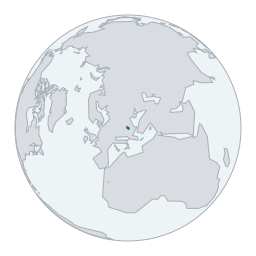 globe centered on Olt, rotated 310°
{"feature_id": "ROU-126", "entity_name": "Olt", "entity_type": "County", "adm_level": 1, "iso_a3": "ROU", "parent_name": "Romania", "parent_adm1": "", "projection": "orthographic", "projection_center": [24.399, 44.334], "detail": "fine", "context": "on_globe", "style": "filled", "palette": "teal", "viewbox_px": 256, "rotation_deg": 310, "n_neighbors": 0, "source": "natural_earth", "source_scale": "10m", "svg_char_len": 10632}
<svg xmlns="http://www.w3.org/2000/svg" viewBox="0 0 256 256"><g transform="rotate(310 128 128)"><circle cx="128" cy="128" r="113" fill="#eef3f6" stroke="#a8b0b8"/><path d="M84.1,24.3L89.4,22.9L86.2,24.0L88.0,23.8L92.1,22.5L94.4,21.7L106.2,20.9L119.9,19.7L124.1,18.6L123.3,19.7L131.1,17.2L138.5,17.3L130.2,17.8L129.5,18.4L134.5,18.5L134.8,19.1L137.4,19.7L137.3,20.5L132.5,21.1L132.3,21.7L135.9,21.8L138.1,22.9L132.8,22.6L136.0,24.6L128.6,26.5L114.7,26.1L110.6,28.7L96.5,32.9L97.8,33.6L93.3,36.0L93.1,37.7L90.5,38.2L92.7,39.3L95.1,38.5L96.8,38.7L97.0,39.8L93.7,40.5L93.1,40.1L92.2,40.9L90.5,40.9L91.4,41.5L87.5,42.4L91.6,43.1L88.5,45.2L85.8,45.4L85.9,43.3L79.9,39.3L77.2,39.2L73.3,41.1L66.3,49.0L63.4,50.0L59.6,53.0L61.3,53.3L64.9,51.1L67.0,52.5L71.1,50.0L72.6,50.3L76.9,48.7L76.4,51.4L73.6,54.8L70.0,56.4L68.7,58.0L72.3,58.7L65.7,63.8L61.6,71.5L59.9,72.7L56.3,70.9L55.9,65.4L51.3,64.1L54.5,67.5L50.1,70.9L49.5,72.6L49.8,74.1L51.5,73.8L50.0,75.7L46.4,72.7L47.6,71.0L48.8,71.9L48.6,69.4L46.1,67.9L44.1,70.0L42.4,66.3L40.9,67.8L39.8,68.0L42.2,65.7L37.8,69.9L35.5,67.8L29.5,75.5L35.2,66.6L37.2,63.1L39.0,59.8L38.0,61.0L41.8,55.7L42.7,54.4L48.6,48.1L54.9,42.3L61.7,37.0L68.8,32.1L76.3,27.9L84.1,24.3ZM31.1,70.6L30.5,71.6L30.1,72.2L31.1,70.6ZM18.8,100.3L18.9,100.0L18.6,102.4L17.4,107.0L18.2,105.2L17.4,109.7L17.6,118.0L17.2,118.4L17.2,131.1L19.1,141.5L19.6,146.8L19.1,147.9L20.3,151.3L20.3,152.8L26.6,166.0L31.3,175.3L32.1,180.0L30.2,180.9L33.0,188.6L32.6,187.9L28.5,180.8L24.9,173.3L21.8,165.6L19.3,157.7L17.5,149.6L16.2,141.4L15.5,133.2L15.4,124.9L15.9,116.6L17.1,108.4L18.8,100.3ZM27.9,77.6L23.5,89.1L24.4,85.0L24.5,85.2L26.0,81.7L28.2,76.7L29.4,73.7L27.9,77.6ZM29.5,77.0L30.2,75.4L29.8,76.7L29.5,77.0ZM95.4,21.3L92.2,22.4L88.4,23.5L91.0,22.4L95.4,21.3ZM102.7,20.0L101.3,20.5L99.4,20.4L100.8,20.1L102.7,20.0ZM127.0,17.7L124.4,17.9L126.8,17.6L127.0,17.7ZM137.8,19.6L138.4,19.4L139.5,19.8L137.8,19.6ZM76.9,47.4L76.9,48.1L76.1,48.0L76.9,47.4ZM78.8,46.2L77.8,45.7L78.6,45.1L79.1,45.4L78.8,46.2ZM140.3,21.5L141.8,22.3L139.5,21.6L140.3,21.5ZM79.7,47.0L80.0,44.0L81.3,42.9L84.6,43.3L79.7,47.0ZM142.2,22.8L145.9,25.0L147.7,24.7L144.7,27.1L142.5,24.3L139.3,23.4L141.6,23.4L142.2,22.8ZM95.8,37.8L93.2,38.7L95.2,37.0L95.8,37.8ZM96.6,36.7L100.3,31.7L104.1,31.1L102.1,32.8L107.0,31.5L107.0,33.6L104.4,34.9L101.9,34.8L103.8,35.7L96.6,36.7ZM142.5,28.2L142.6,28.9L141.5,28.3L142.5,28.2ZM97.7,38.7L98.0,37.7L101.4,37.1L101.2,39.1L100.2,38.6L97.7,38.7ZM108.2,30.1L110.6,30.1L111.4,31.8L112.4,32.1L107.4,33.6L108.2,30.1ZM99.5,39.3L101.0,40.1L99.6,41.4L97.5,39.7L99.5,39.3ZM102.3,36.1L103.9,36.0L103.0,36.7L102.3,36.1ZM95.3,46.7L95.7,45.3L97.5,44.9L95.3,46.7ZM101.7,40.3L102.2,39.9L103.0,39.6L103.6,40.4L101.7,40.3ZM108.2,34.8L108.0,35.6L110.4,34.2L111.0,35.6L107.5,36.4L109.3,36.6L109.5,37.1L106.4,37.3L108.2,34.8ZM106.6,40.4L102.3,42.1L101.2,44.7L99.6,45.2L101.7,40.9L106.6,40.4ZM106.7,38.5L106.3,39.8L104.5,39.6L103.7,38.7L106.7,38.5ZM112.7,36.3L112.6,34.0L113.4,33.9L112.7,36.3ZM106.6,41.2L107.6,40.7L106.7,41.4L106.6,41.2ZM111.2,37.8L111.1,36.9L112.0,36.9L111.2,37.8ZM109.8,40.7L108.4,41.2L107.8,40.5L109.8,40.7ZM110.7,39.4L112.0,39.5L108.5,40.0L110.5,39.0L110.7,39.4ZM112.1,37.8L112.5,37.5L112.0,38.2L112.1,37.8ZM112.7,43.0L108.4,43.8L107.2,42.3L111.5,41.7L112.7,43.0ZM62.1,181.5L55.1,164.1L58.4,159.8L58.9,152.8L81.8,136.1L86.8,139.1L105.0,139.6L107.3,140.9L105.3,146.7L119.0,155.1L123.3,150.4L135.6,154.0L143.7,153.1L146.4,141.7L133.1,142.9L130.7,137.5L141.3,131.8L152.9,130.9L152.3,128.8L144.9,124.9L147.4,120.5L142.3,123.3L144.4,125.3L141.3,127.2L139.1,125.5L140.1,123.9L136.6,123.2L132.7,131.4L134.5,134.3L125.3,136.0L127.4,141.1L125.0,143.5L120.5,135.8L120.9,132.9L112.7,124.2L111.4,127.3L119.1,135.9L116.8,135.1L115.2,139.8L114.5,135.7L106.5,125.9L98.1,126.5L87.6,136.4L82.7,136.0L78.5,132.3L82.2,120.8L92.8,123.0L94.2,119.3L92.0,112.9L95.4,114.3L95.7,112.0L99.7,112.6L105.2,108.1L109.2,108.1L111.3,101.5L113.6,100.7L111.7,104.8L112.6,107.8L122.6,108.1L124.5,106.7L125.0,102.5L127.7,103.3L126.9,99.1L132.6,97.4L125.0,96.2L125.5,91.6L128.8,88.0L127.6,86.4L122.1,92.2L121.2,94.7L122.5,97.2L118.7,104.5L115.3,105.6L114.1,97.4L109.1,98.1L110.4,91.8L124.5,79.4L130.4,77.1L140.4,82.5L139.1,85.5L134.8,84.9L138.8,89.5L138.5,87.2L140.7,87.9L141.7,84.1L143.3,84.4L141.4,80.2L143.5,80.2L144.7,82.9L147.9,77.6L152.2,76.9L152.2,75.5L150.9,74.3L157.3,74.3L156.9,73.3L154.7,72.9L152.6,70.7L151.5,67.0L153.7,67.2L154.5,68.6L159.4,72.0L161.0,75.8L161.8,75.6L161.0,72.3L154.9,68.1L153.6,65.9L156.7,67.4L155.4,66.7L155.5,65.6L157.6,64.9L154.3,63.0L151.6,52.2L155.5,50.0L158.6,52.4L159.1,45.9L163.5,44.4L161.4,43.9L160.3,40.9L158.9,41.2L157.8,40.8L154.3,33.8L155.2,32.5L151.4,29.5L150.3,29.3L149.4,30.0L144.7,27.1L147.7,24.7L149.9,25.1L150.3,23.5L155.3,25.0L159.7,25.6L165.0,28.4L168.0,28.9L167.7,28.2L171.6,28.6L180.3,32.0L174.2,32.0L161.3,28.7L166.7,30.1L165.7,30.7L167.8,31.9L171.6,33.0L171.8,32.5L179.3,40.0L188.8,46.1L187.5,42.8L189.5,42.4L199.2,47.8L212.3,62.7L215.1,63.4L217.2,65.4L218.9,68.9L216.0,66.0L215.2,67.2L213.3,65.2L215.1,70.3L212.4,67.7L215.1,73.2L217.1,74.1L216.6,70.4L220.1,76.5L223.0,76.9L226.4,81.1L231.8,94.9L232.7,103.2L233.4,105.1L232.1,105.7L232.8,111.7L237.1,116.1L237.9,118.7L237.9,128.5L237.5,126.7L234.2,128.2L235.3,135.4L237.9,135.8L238.8,140.1L237.6,141.8L236.4,138.3L235.2,138.6L234.3,132.8L230.9,126.9L229.6,131.9L228.5,128.5L223.6,125.2L221.0,132.2L217.7,148.3L219.3,157.4L217.3,163.6L209.9,155.3L206.2,147.5L203.8,150.3L196.0,146.3L183.3,152.5L181.3,150.6L178.9,152.9L173.4,152.3L170.3,148.9L167.0,150.2L175.3,159.0L178.8,157.5L181.4,152.0L183.1,155.5L188.4,156.8L183.2,168.7L163.9,183.0L161.8,176.3L145.7,158.5L146.0,155.9L145.9,155.7L145.7,155.2L144.5,159.4L141.6,155.5L150.5,169.1L152.2,174.9L163.7,183.4L162.7,184.8L166.3,186.0L177.5,180.0L177.6,182.3L172.5,194.2L156.7,210.4L158.6,217.4L157.3,223.2L147.1,228.1L147.7,231.4L142.4,233.2L141.9,234.8L137.5,236.7L130.3,238.3L118.2,238.0L117.7,236.9L112.0,233.9L104.2,224.7L107.4,220.4L106.4,216.4L97.7,205.4L99.6,199.7L97.3,196.7L92.4,196.5L89.6,192.7L86.6,191.9L67.9,188.2L62.1,181.5ZM74.2,146.9L73.6,149.0L74.2,146.9ZM165.4,135.5L172.2,133.8L168.7,127.6L171.0,126.5L168.9,124.9L168.4,127.1L163.3,122.4L166.0,119.4L164.9,116.5L162.6,116.9L158.4,123.3L165.7,129.9L164.3,133.3L165.4,135.5ZM17.6,118.2L17.5,120.2L17.3,118.8L17.6,118.2ZM23.7,86.2L23.2,87.9L22.6,89.5L22.9,88.4L23.7,86.2ZM21.2,100.5L21.0,102.8L20.9,101.1L21.2,100.5ZM23.0,90.8L21.4,98.7L21.2,96.1L22.4,91.1L22.0,93.5L23.0,90.8ZM28.1,78.6L27.6,80.0L27.2,80.4L28.1,78.6ZM29.3,78.0L29.3,77.7L29.9,76.6L29.3,78.0ZM50.3,71.0L50.6,71.3L50.5,73.0L49.8,72.7L50.3,71.0ZM55.0,78.3L52.5,81.1L53.8,78.8L52.2,78.7L52.9,73.9L59.1,73.1L56.2,74.2L55.0,78.3ZM55.6,67.6L54.4,70.5L55.4,67.4L55.6,67.6ZM93.9,100.1L95.3,101.9L93.8,104.2L88.7,104.8L90.8,101.3L93.9,100.1ZM97.6,103.9L97.8,96.0L101.0,95.6L99.2,97.1L101.3,97.6L98.9,100.3L101.7,107.8L100.5,110.5L91.7,109.7L95.2,108.4L93.7,106.6L97.6,103.9ZM92.9,78.9L93.0,76.1L99.7,78.6L98.8,81.0L93.7,81.6L91.7,79.1L92.9,78.9ZM85.4,48.6L85.0,47.7L85.9,47.5L87.0,47.9L85.4,48.6ZM95.4,46.1L88.0,52.0L87.2,51.3L83.8,55.9L80.4,56.0L82.7,52.9L77.6,56.5L78.2,53.8L75.0,56.5L80.4,49.8L80.9,47.7L81.7,50.0L84.8,49.9L86.3,49.3L90.8,46.0L93.3,41.7L96.8,41.3L98.6,42.1L98.5,43.0L96.3,43.0L97.8,44.3L94.5,45.0L95.4,46.1ZM117.9,55.1L115.3,54.1L117.8,57.9L114.5,58.2L115.0,58.6L112.7,60.0L110.7,62.5L109.2,62.2L109.1,63.3L107.6,64.4L106.9,65.8L104.0,66.0L102.9,67.8L102.1,66.8L101.1,70.0L100.5,67.8L98.5,69.0L100.1,70.6L85.9,68.9L80.3,70.4L76.0,73.0L75.6,69.1L79.4,64.3L85.2,59.9L90.6,59.2L89.5,57.7L91.7,56.9L91.7,58.4L93.1,55.7L94.9,55.6L100.0,52.4L100.9,48.8L102.8,47.7L103.4,49.0L104.9,47.0L107.3,48.8L108.7,48.1L112.5,49.2L112.8,52.4L114.3,51.4L117.3,52.3L117.9,55.1ZM113.7,43.4L114.8,46.8L113.6,48.8L107.5,46.0L105.9,46.4L102.0,44.9L103.9,42.2L104.9,42.8L106.2,42.9L105.1,43.7L107.0,43.0L108.4,44.0L110.2,43.7L110.1,44.9L113.7,43.4ZM109.8,138.9L111.6,139.3L114.3,139.2L113.4,142.3L109.8,138.9ZM104.2,132.3L105.8,132.1L105.8,136.1L104.0,135.8L104.2,132.3ZM106.7,128.6L105.9,131.7L105.2,129.9L106.7,128.6ZM113.2,104.4L114.9,104.0L115.1,105.0L114.2,106.5L113.2,104.4ZM124.7,67.4L123.5,66.3L124.0,65.7L123.1,62.5L125.5,62.1L126.9,64.0L124.7,67.4ZM144.2,144.0L141.8,146.4L140.6,145.5L141.6,144.8L144.2,144.0ZM126.9,144.9L130.8,146.2L126.6,145.7L126.9,144.9ZM127.2,66.5L126.6,65.1L128.1,65.8L127.2,66.5ZM127.2,61.7L129.0,62.2L125.7,61.7L127.2,61.7ZM175.8,217.4L167.4,227.8L162.3,229.2L161.7,227.3L165.1,221.5L171.1,218.3L174.2,214.7L175.8,217.4ZM238.8,148.3L238.4,149.9L238.9,147.6L239.4,144.9L238.8,148.3ZM238.8,147.9L237.6,149.6L233.9,146.0L235.3,143.4L238.7,142.3L238.6,144.0L239.3,143.6L238.8,147.9ZM240.3,136.9L240.2,137.8L240.1,134.9L240.2,131.7L240.4,129.8L239.7,114.6L239.7,113.9L240.3,119.5L240.6,128.2L240.3,136.9ZM219.7,157.9L222.1,161.2L220.8,163.5L219.7,157.9ZM238.3,106.1L239.3,112.5L238.0,105.2L238.3,106.1ZM236.8,100.2L237.3,101.8L237.0,101.3L236.8,100.2ZM234.4,107.5L234.3,109.9L233.7,108.8L233.6,105.0L234.4,107.5ZM229.1,84.8L231.1,88.2L231.8,89.8L230.7,88.6L229.1,84.8ZM146.5,63.3L145.1,68.1L145.6,71.6L148.3,73.7L143.8,73.0L143.0,67.5L146.5,63.3ZM150.8,53.5L148.3,51.9L149.8,51.4L150.5,51.7L150.8,53.5ZM149.0,53.4L145.4,53.8L144.3,52.2L147.4,52.1L149.0,53.4ZM136.3,59.8L135.7,61.2L134.4,60.6L136.3,59.8ZM237.3,100.7L237.9,103.6L236.9,99.3L237.3,100.7ZM237.8,103.2L237.3,101.4L237.1,100.1L237.8,103.2ZM236.9,99.2L236.0,96.1L236.3,97.1L236.9,99.2ZM235.9,97.6L236.4,97.6L236.7,100.4L234.2,94.2L233.8,92.3L235.9,97.6ZM217.8,63.3L216.5,62.2L215.5,60.2L216.7,61.6L217.8,63.3ZM210.9,53.6L214.7,59.4L217.6,64.4L217.9,64.0L220.6,67.6L218.9,66.7L215.2,61.2L213.4,57.9L210.9,55.4L208.2,52.0L205.2,49.9L203.3,48.0L205.5,48.9L210.9,53.6ZM204.0,49.1L197.9,45.0L197.1,42.7L198.2,43.1L201.4,45.9L201.6,46.9L204.0,49.1ZM196.2,43.4L196.4,44.4L187.8,41.8L185.8,40.8L191.9,41.2L192.4,42.2L194.6,43.3L196.2,43.4ZM143.8,28.8L142.8,28.9L143.3,28.4L143.8,28.8ZM157.1,41.1L155.7,40.4L156.4,39.8L157.1,41.1ZM152.3,38.3L152.5,39.5L151.4,38.1L152.3,38.3ZM153.2,42.3L152.2,40.0L154.5,42.4L153.2,42.3Z" fill="#d9dde1" stroke="#a8b0b8" stroke-width="1"/><path d="M127.7,129.1L127.8,128.9L127.8,128.7L127.7,128.6L127.8,128.5L127.8,128.4L127.8,128.5L127.8,128.4L127.8,128.2L127.7,128.2L127.5,127.9L127.4,127.9L127.3,127.7L127.5,127.6L127.8,127.5L127.8,127.4L127.9,127.5L127.9,127.4L127.8,127.2L128.0,126.9L128.1,127.0L128.2,126.9L128.2,127.0L128.3,127.1L128.5,127.2L128.4,127.2L128.4,127.3L128.5,127.4L128.5,127.5L128.5,127.8L128.6,128.0L128.6,128.3L128.6,128.5L128.4,128.5L128.4,128.8L128.5,129.0L128.4,129.1L128.1,129.0L127.9,129.1L127.7,129.1Z" fill="#14b8a6" stroke="#0f766e" stroke-width="1.5"/></g></svg>